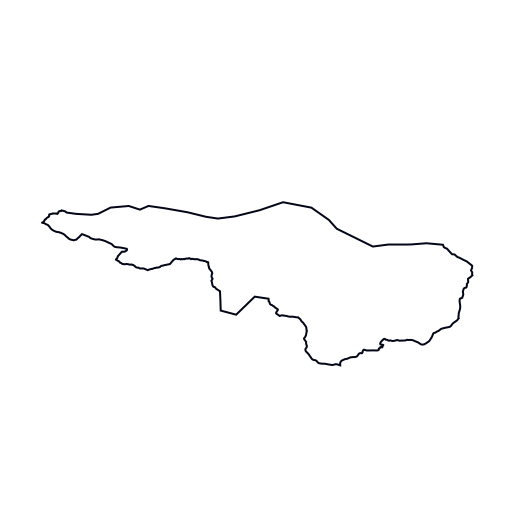 Berekum East Municipal, Brong Ahafo, Ghana (Equal Earth projection), rotated 111°
{"feature_id": "2480657B78254100433505", "entity_name": "Berekum East Municipal", "entity_type": "district", "adm_level": 2, "iso_a3": "GHA", "parent_name": "Ghana", "parent_adm1": "Brong Ahafo", "projection": "equal_earth", "projection_center": [-2.534, 7.485], "detail": "fine", "context": "isolated", "style": "outline", "palette": "ink", "viewbox_px": 512, "rotation_deg": 111, "n_neighbors": 0, "source": "geoboundaries", "source_scale": "gbopen_adm2", "svg_char_len": 6063}
<svg xmlns="http://www.w3.org/2000/svg" viewBox="0 0 512 512"><g transform="rotate(111 256 256)"><path d="M301.5,467.6L301.5,466.6L301.3,466.1L301.3,465.7L301.3,465.0L301.6,463.6L301.6,461.5L302.5,459.7L302.6,459.4L303.4,458.3L304.3,456.6L304.8,454.6L305.0,451.9L304.9,450.8L304.3,448.1L304.5,447.1L304.2,446.3L304.4,445.3L304.4,443.9L304.8,442.3L305.9,439.7L306.4,438.0L306.9,437.2L307.1,434.7L306.9,433.8L306.7,431.9L305.8,430.7L305.2,429.7L304.9,429.5L303.9,429.1L301.1,427.6L299.8,427.2L299.0,426.7L298.1,426.5L297.9,425.8L297.9,424.0L298.0,420.6L297.9,418.9L298.6,417.1L298.6,415.1L298.3,412.5L298.1,411.6L296.6,408.2L296.6,407.3L296.3,405.8L296.2,404.7L296.1,402.0L296.6,395.0L297.5,393.0L297.9,391.9L298.0,391.4L298.0,390.8L297.7,389.1L296.7,385.7L296.2,383.0L295.6,379.2L296.5,378.6L297.4,378.9L298.8,379.9L299.5,381.2L299.9,382.6L300.0,382.7L305.7,384.9L307.7,384.8L309.0,385.4L309.6,385.4L309.8,384.8L309.8,384.3L310.2,381.6L310.6,381.0L310.9,380.5L310.9,379.5L311.3,378.0L311.3,377.5L310.9,376.5L310.8,375.6L310.5,375.1L309.8,374.0L309.6,372.9L309.4,371.5L309.1,370.2L308.6,369.4L308.6,369.1L308.7,368.5L308.6,368.1L308.4,368.0L308.4,367.3L308.8,365.6L309.3,364.7L309.5,363.9L309.4,362.5L309.0,361.4L309.2,360.3L309.2,359.8L307.9,356.5L308.0,351.9L307.1,351.1L305.5,348.9L305.1,348.0L303.6,346.5L303.2,345.5L302.6,345.0L302.1,343.7L300.8,341.8L299.7,341.3L298.9,340.5L298.1,339.1L297.7,338.7L294.4,333.5L289.4,331.7L288.8,331.4L288.3,330.8L287.4,330.3L286.9,329.9L286.9,329.7L286.9,329.1L287.0,328.6L286.8,327.6L286.3,326.5L286.2,326.1L286.2,325.3L286.0,324.8L285.6,324.6L285.5,324.3L285.3,323.2L284.8,322.6L284.6,321.7L284.2,321.4L284.0,320.8L283.3,320.2L282.8,318.5L282.0,317.8L282.2,317.3L282.0,316.7L282.0,316.3L282.2,315.5L281.8,315.1L281.5,314.6L281.4,314.1L281.4,313.6L281.1,312.9L281.0,311.9L280.6,311.3L280.4,310.5L280.0,309.9L280.0,309.1L279.9,308.7L279.8,308.3L280.0,307.7L280.0,306.4L279.7,305.7L279.5,304.6L279.3,303.6L279.3,302.7L279.0,302.0L279.1,301.6L279.0,300.6L279.1,300.1L279.3,299.7L279.1,299.3L279.0,299.1L279.0,298.8L279.0,298.4L281.8,297.1L283.3,295.8L283.9,295.7L284.6,294.9L285.4,293.4L286.8,291.3L287.7,290.7L288.1,290.8L290.9,290.3L291.4,290.0L292.2,289.3L292.6,288.5L293.6,288.4L294.9,288.8L295.2,288.7L295.5,288.4L296.1,287.9L296.8,287.5L299.1,286.0L299.9,284.8L300.0,284.4L299.8,283.5L299.9,283.1L300.9,281.4L301.8,277.0L310.5,273.2L319.6,269.4L317.9,253.5L294.4,242.6L291.4,229.0L292.9,228.2L293.6,228.1L294.1,227.1L295.8,225.7L296.2,224.7L296.1,223.6L296.5,222.1L296.7,220.7L297.1,220.2L297.4,219.2L297.9,216.7L298.2,216.4L298.5,216.3L301.4,216.9L302.1,216.8L302.3,216.5L302.6,216.0L303.5,212.3L302.3,211.0L301.9,209.8L301.0,205.9L300.9,204.2L300.6,202.7L299.7,200.6L299.3,199.2L299.0,197.7L298.8,196.7L298.4,195.0L298.2,194.7L299.3,191.8L300.5,190.3L300.9,189.5L301.5,187.8L302.0,187.2L304.1,184.0L304.6,183.5L307.0,182.3L307.6,181.7L307.8,181.8L308.0,181.7L311.9,181.0L313.1,181.0L314.0,181.1L315.1,181.5L315.7,181.6L316.2,181.4L317.0,180.3L317.7,179.3L318.0,178.7L318.2,178.4L319.9,177.8L320.6,177.3L321.4,176.5L321.7,176.3L322.7,176.0L323.4,176.1L325.1,176.5L325.6,176.4L326.2,176.1L326.9,175.5L327.3,174.9L328.6,172.0L329.1,171.3L332.1,166.9L332.3,166.2L332.4,165.3L332.4,164.8L332.0,163.0L332.3,161.8L333.3,159.9L333.5,159.1L333.3,157.4L332.8,155.6L331.9,153.0L330.9,147.7L330.4,145.6L329.8,144.7L328.4,142.8L328.1,141.7L327.9,138.2L325.7,139.1L324.1,139.0L323.0,138.5L320.4,136.0L319.1,133.8L317.5,132.3L316.9,131.6L315.9,129.9L314.8,127.2L313.7,125.9L313.1,125.6L310.4,124.9L309.7,124.4L309.3,123.8L308.8,122.3L308.4,122.1L307.8,122.0L306.9,122.3L306.5,122.3L305.2,122.0L304.9,121.8L304.7,121.0L304.6,119.2L304.2,117.9L301.9,112.2L301.1,109.9L300.6,108.7L300.0,108.0L299.6,107.8L299.2,107.8L298.4,108.1L298.2,108.0L297.5,107.3L296.8,107.3L296.6,107.3L296.4,107.1L296.2,106.7L296.2,105.6L296.0,105.4L295.8,105.4L295.1,105.7L294.2,105.3L293.8,105.2L293.5,105.3L293.4,105.7L294.0,107.7L294.0,108.1L293.9,108.2L293.2,108.7L292.4,108.7L291.5,108.6L289.6,107.9L288.3,107.2L287.9,107.1L287.4,106.6L287.2,106.1L287.6,105.1L287.6,104.7L287.2,103.5L287.2,103.1L287.5,102.4L287.5,101.9L287.4,101.5L287.2,101.1L286.7,100.5L286.6,100.1L286.6,99.1L286.4,98.1L286.2,97.5L284.6,95.0L284.0,94.4L283.8,93.8L283.7,92.0L283.5,91.2L282.8,90.0L282.7,89.4L281.3,86.3L281.1,86.0L280.2,85.1L279.7,83.4L278.7,81.0L278.5,80.1L278.4,79.3L278.5,77.9L278.6,73.6L279.3,70.7L279.3,70.0L279.2,69.3L278.9,68.5L278.3,67.5L276.9,66.2L273.9,64.1L273.1,63.7L268.6,62.8L264.9,62.7L264.5,62.6L264.1,62.3L263.4,61.3L262.8,60.7L261.8,60.1L260.6,58.8L257.9,57.2L257.3,56.6L256.2,55.0L255.8,54.6L253.3,50.6L252.7,49.8L252.3,49.4L251.3,48.9L248.7,48.2L247.9,47.8L244.0,45.2L242.7,44.8L241.8,44.6L241.5,44.4L240.9,45.0L236.3,46.3L232.6,46.5L231.3,46.8L229.9,47.3L228.9,47.7L226.0,49.4L224.8,49.9L223.6,50.2L222.9,50.3L222.5,50.1L221.3,48.6L220.9,48.5L218.1,48.6L217.4,48.8L215.3,50.0L214.8,50.2L212.1,50.3L211.5,50.1L211.1,49.8L210.1,48.5L209.6,48.3L207.4,48.7L206.6,49.1L204.7,48.6L204.2,48.6L201.3,49.9L200.9,49.7L199.5,48.6L196.4,47.0L195.6,47.7L194.6,48.0L194.0,48.2L193.7,48.4L192.9,49.5L192.5,49.9L192.3,50.1L189.8,50.0L187.6,50.7L185.6,57.1L185.5,57.7L185.3,60.6L185.0,63.1L184.7,65.7L184.8,67.6L183.4,71.2L184.1,73.6L181.6,78.7L181.2,79.3L180.9,79.9L180.7,80.5L180.7,82.3L180.4,83.8L178.5,85.5L183.0,101.4L189.9,115.9L197.9,136.6L205.3,150.3L201.6,190.4L196.2,200.9L191.0,221.6L196.1,250.0L212.0,269.1L226.7,290.1L234.7,305.0L237.3,316.6L239.7,335.6L244.1,358.1L247.8,374.3L254.3,381.0L254.9,392.7L262.9,409.1L273.2,418.5L276.5,424.4L281.2,439.3L283.3,448.3L282.7,450.3L283.1,453.8L283.7,453.9L284.2,455.1L284.5,455.2L284.9,455.9L285.9,456.2L287.1,456.2L287.7,456.5L288.0,456.7L287.8,457.5L287.9,457.8L288.2,458.3L288.4,459.1L288.9,460.1L289.0,460.6L289.2,461.1L289.5,461.3L290.9,463.5L291.4,463.9L292.0,463.7L292.3,463.7L292.6,463.4L293.8,463.6L294.0,463.7L294.1,464.0L295.5,465.0L296.5,465.3L297.4,465.7L297.6,466.1L298.6,466.3L298.9,466.2L299.3,466.3L301.0,467.0L301.4,467.6L301.5,467.6Z" fill="none" stroke="#020617" stroke-width="2"/></g></svg>